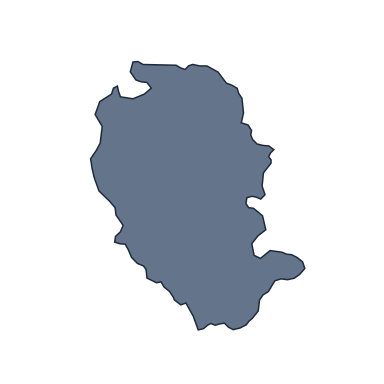 outline of Pazardzhik, rotated 149°
{"feature_id": "BGR-2234", "entity_name": "Pazardzhik", "entity_type": "Province", "adm_level": 1, "iso_a3": "BGR", "parent_name": "Bulgaria", "parent_adm1": "", "projection": "robinson", "projection_center": [24.121, 42.158], "detail": "fine", "context": "isolated", "style": "filled", "palette": "slate", "viewbox_px": 384, "rotation_deg": 149, "n_neighbors": 0, "source": "natural_earth", "source_scale": "10m", "svg_char_len": 1591}
<svg xmlns="http://www.w3.org/2000/svg" viewBox="0 0 384 384"><g transform="rotate(149 192 192)"><path d="M257.7,70.6L254.9,84.9L254.4,100.0L259.7,101.0L262.7,108.6L262.2,111.6L262.5,118.3L264.9,125.0L264.8,130.8L269.2,132.5L274.9,141.4L271.3,149.2L271.7,153.6L275.6,158.9L277.5,167.1L276.3,175.7L276.1,181.7L280.2,184.5L284.1,188.8L280.5,193.3L273.8,194.8L268.2,198.9L269.0,211.4L266.0,218.2L267.4,226.5L271.2,240.7L268.4,254.7L265.7,263.1L261.8,272.7L252.7,276.9L245.6,281.1L235.2,294.4L235.1,308.3L224.5,317.0L210.5,317.4L205.8,321.5L201.4,321.2L203.2,315.9L204.3,310.4L194.6,302.3L182.4,300.5L173.4,302.0L174.2,309.2L178.7,312.5L182.4,317.0L183.0,326.8L175.7,333.8L171.2,331.7L168.3,326.5L140.4,308.9L137.8,304.2L134.8,300.6L130.0,301.9L125.7,301.0L120.4,296.0L114.3,292.4L107.9,281.3L106.5,267.7L102.8,263.0L99.9,257.6L101.2,252.6L100.9,246.6L107.1,233.3L114.1,225.9L109.4,220.6L109.3,214.0L112.3,210.6L113.0,205.7L111.5,199.6L107.2,195.4L102.4,191.9L100.1,186.1L104.4,185.1L108.1,182.8L107.7,178.8L109.4,176.0L120.9,171.6L128.9,160.9L130.8,152.1L136.7,150.5L139.5,154.4L142.7,157.4L147.8,158.9L151.7,154.4L151.5,149.4L147.7,146.4L143.8,135.3L148.2,121.6L158.0,120.5L167.4,116.9L171.4,105.7L167.5,99.8L155.2,101.6L145.9,94.0L142.9,89.9L138.9,87.0L135.5,81.5L133.2,75.1L134.7,68.3L141.9,66.0L148.7,65.4L155.2,67.6L160.5,71.7L166.6,73.2L178.0,67.3L184.1,67.2L189.7,64.7L196.5,55.9L205.5,52.6L209.7,51.9L213.9,50.2L220.9,50.7L227.6,52.8L230.4,57.4L231.7,62.8L236.0,64.6L240.7,65.8L243.6,69.6L247.3,69.8L252.5,68.9L257.7,70.6Z" fill="#64748b" stroke="#1e293b" stroke-width="1.5"/></g></svg>